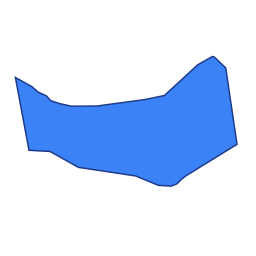 an SVG outline of Šenčur, rotated 264°
{"feature_id": "SVN-985", "entity_name": "Šenčur", "entity_type": "Municipality", "adm_level": 1, "iso_a3": "SVN", "parent_name": "Slovenia", "parent_adm1": "", "projection": "orthographic", "projection_center": [14.43, 46.242], "detail": "fine", "context": "isolated", "style": "filled", "palette": "blue", "viewbox_px": 256, "rotation_deg": 264, "n_neighbors": 0, "source": "natural_earth", "source_scale": "10m", "svg_char_len": 452}
<svg xmlns="http://www.w3.org/2000/svg" viewBox="0 0 256 256"><g transform="rotate(264 128 128)"><path d="M116.2,27.2L190.0,21.3L179.2,36.7L173.1,42.4L168.5,50.1L163.2,54.1L159.5,62.3L155.6,74.0L153.1,99.2L154.5,147.1L156.5,167.6L183.6,204.0L190.3,219.5L189.6,221.2L177.5,231.5L100.4,234.7L74.4,180.6L71.2,175.6L67.3,170.7L65.7,164.7L67.8,152.2L79.5,130.6L94.0,74.6L112.8,48.0L116.2,27.2Z" fill="#3b82f6" stroke="#1e3a8a" stroke-width="1.5"/></g></svg>